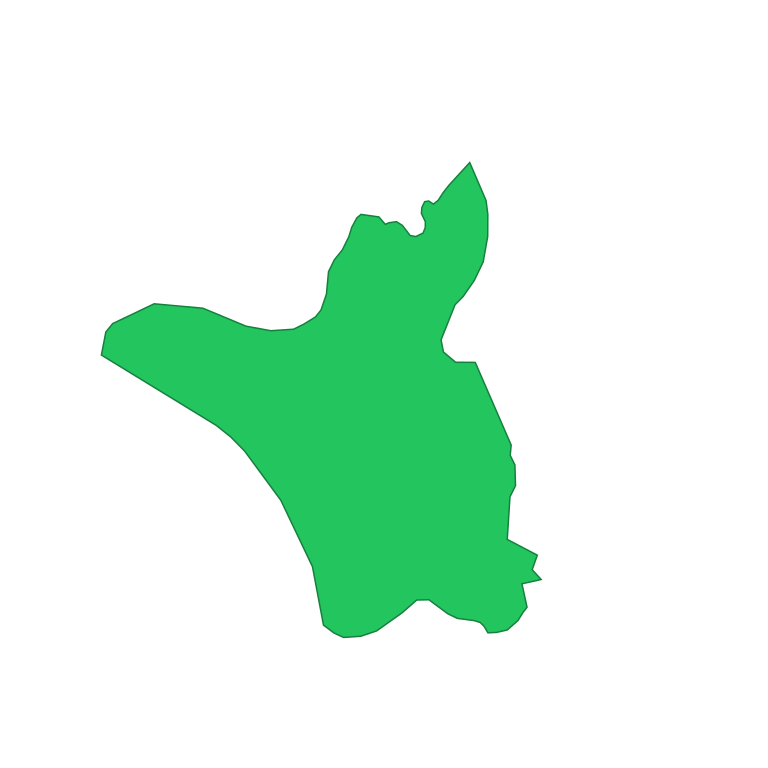 an SVG outline of Tolmin, rotated 218°
{"feature_id": "SVN-1018", "entity_name": "Tolmin", "entity_type": "Municipality", "adm_level": 1, "iso_a3": "SVN", "parent_name": "Slovenia", "parent_adm1": "", "projection": "robinson", "projection_center": [13.801, 46.147], "detail": "fine", "context": "isolated", "style": "filled", "palette": "green", "viewbox_px": 768, "rotation_deg": 218, "n_neighbors": 0, "source": "natural_earth", "source_scale": "10m", "svg_char_len": 1191}
<svg xmlns="http://www.w3.org/2000/svg" viewBox="0 0 768 768"><g transform="rotate(218 384 384)"><path d="M157.8,343.5L152.9,328.9L139.8,326.7L140.0,326.4L152.3,311.5L133.8,296.1L133.8,289.8L132.8,280.1L135.4,266.1L142.4,257.5L148.9,251.9L156.0,254.7L161.3,255.3L167.2,253.1L182.0,244.4L192.3,242.2L215.8,241.6L225.2,233.9L228.9,214.7L237.8,184.9L247.0,170.9L259.8,159.4L270.0,157.0L283.2,156.7L327.9,196.0L393.6,228.8L452.4,245.3L472.0,247.9L490.7,248.1L624.5,232.8L635.2,253.7L635.0,264.6L614.5,305.7L573.4,332.2L528.4,344.6L506.0,356.3L489.0,371.5L484.1,381.7L479.3,394.6L479.2,403.5L484.7,419.4L496.9,438.4L499.6,451.4L499.4,464.0L502.4,478.4L505.9,487.7L507.7,498.3L506.5,503.5L490.9,512.5L481.3,510.6L479.3,514.2L474.1,519.6L467.2,520.3L454.8,517.1L449.7,519.8L446.2,527.0L447.7,532.5L451.3,537.3L459.5,541.4L462.9,546.5L464.2,552.7L461.5,555.7L455.8,556.2L454.4,562.2L455.2,570.9L455.2,580.7L452.8,611.3L416.5,591.4L406.7,581.7L393.1,564.1L381.0,541.3L376.6,521.2L375.5,501.6L376.8,490.2L366.2,453.9L356.8,445.8L341.0,445.2L325.4,457.2L246.2,414.2L240.6,405.5L231.0,400.8L217.8,384.9L215.3,372.7L191.2,337.4L157.8,343.5Z" fill="#22c55e" stroke="#15803d" stroke-width="1.5"/></g></svg>